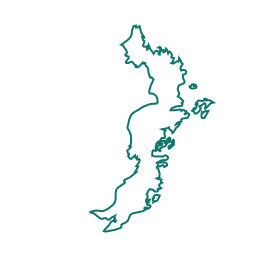 the border of Ostrobothnia, rotated 141°
{"feature_id": "FIN-3182", "entity_name": "Ostrobothnia", "entity_type": "Province", "adm_level": 1, "iso_a3": "FIN", "parent_name": "Finland", "parent_adm1": "", "projection": "natural_earth1", "projection_center": [22.043, 62.87], "detail": "fine", "context": "isolated", "style": "outline", "palette": "teal", "viewbox_px": 256, "rotation_deg": 141, "n_neighbors": 0, "source": "natural_earth", "source_scale": "10m", "svg_char_len": 5663}
<svg xmlns="http://www.w3.org/2000/svg" viewBox="0 0 256 256"><g transform="rotate(141 128 128)"><path d="M59.9,203.6L57.4,202.6L58.6,201.0L57.6,200.3L54.9,199.9L57.4,194.6L57.9,192.5L58.2,188.7L58.7,188.0L59.7,189.7L60.8,187.4L61.0,186.2L60.6,185.3L61.5,184.3L64.3,182.8L64.7,181.7L64.1,180.9L62.3,179.7L63.7,176.9L62.3,176.9L60.8,178.9L59.8,179.7L61.1,174.6L61.1,170.9L61.5,169.6L58.1,170.5L57.2,170.1L56.7,169.3L56.5,168.3L56.8,167.2L57.6,166.3L57.2,165.1L53.0,169.3L52.9,170.1L53.7,171.3L52.3,171.1L52.1,169.9L52.9,166.8L51.5,166.3L52.9,164.6L51.9,164.1L50.6,164.3L48.5,165.7L48.4,164.6L49.9,160.7L48.0,161.5L47.5,161.1L47.4,158.2L48.0,157.0L49.9,155.6L48.2,153.5L52.1,151.0L53.4,151.2L52.4,149.6L47.9,149.0L46.9,147.8L45.5,148.7L44.3,150.1L44.5,148.1L45.5,144.9L45.2,143.3L48.2,142.4L49.7,141.3L50.4,140.0L50.4,139.1L49.1,138.9L47.6,137.5L47.1,136.1L47.4,135.0L48.4,134.2L49.8,133.9L51.8,134.9L53.9,132.2L54.6,128.7L55.7,127.8L57.2,127.8L61.5,129.0L62.8,128.6L64.9,126.9L66.9,121.9L69.5,121.2L68.5,118.3L68.1,114.2L68.3,113.9L69.1,113.4L70.6,113.7L70.7,112.5L71.6,111.4L73.3,112.0L75.9,113.9L79.7,115.3L81.7,115.8L83.7,115.0L81.0,112.7L75.6,109.5L75.2,108.4L76.4,107.2L74.8,107.7L73.9,107.5L73.2,106.9L72.9,104.6L72.1,104.4L72.5,103.6L75.1,103.3L75.1,102.8L72.7,102.2L72.0,101.6L71.7,100.3L72.2,99.6L75.5,98.4L79.1,100.7L81.1,101.2L82.4,99.4L85.4,100.8L87.1,101.0L88.5,100.5L84.6,99.4L84.6,98.9L87.2,97.8L90.6,97.8L95.1,96.2L96.7,96.1L95.9,98.1L96.5,101.3L95.8,102.8L97.3,103.0L102.3,105.6L100.5,102.2L102.9,101.3L104.8,97.8L106.0,97.3L107.8,98.9L108.8,98.9L111.3,97.8L113.3,98.4L114.3,98.4L114.6,98.1L114.7,97.2L116.0,97.8L118.6,95.6L120.7,92.8L121.1,92.8L122.6,94.9L124.0,94.2L126.7,91.2L124.2,88.1L122.4,87.0L119.0,83.9L117.0,83.6L116.2,83.2L115.5,82.3L115.2,80.1L116.6,79.1L118.7,79.2L122.4,81.9L126.3,82.5L128.4,83.3L123.2,79.9L120.8,77.7L120.3,75.6L120.9,74.6L121.6,74.3L124.4,74.8L124.0,76.5L124.2,77.3L127.1,77.9L128.1,78.6L128.0,80.6L128.8,80.2L130.6,78.9L130.1,77.6L130.3,76.9L132.3,72.3L134.1,70.8L134.4,69.8L137.4,70.7L136.9,69.6L134.4,66.8L136.6,65.1L136.1,64.0L138.8,64.4L139.9,64.0L140.4,62.6L140.1,60.3L141.6,60.6L143.1,61.9L143.6,60.7L144.2,60.3L145.5,60.4L147.2,61.9L147.5,62.9L147.2,64.0L149.2,66.4L149.6,66.8L151.7,66.4L154.0,65.1L155.1,64.9L155.4,63.2L155.8,62.4L156.8,61.6L158.7,61.0L159.7,60.1L155.3,58.5L159.6,58.5L157.9,56.8L159.5,57.3L161.1,57.1L161.3,55.4L160.0,54.7L159.4,53.9L159.7,52.9L160.9,52.4L162.2,52.5L162.9,53.0L164.1,54.8L165.1,55.6L165.8,55.4L165.9,54.6L165.2,53.5L166.4,54.0L168.0,53.6L178.1,58.7L181.1,59.0L185.9,56.3L188.4,55.9L193.9,57.1L195.5,55.1L197.2,55.2L202.7,57.3L210.5,61.5L211.7,63.1L210.7,63.5L204.1,64.4L199.9,65.8L198.2,65.4L197.0,63.1L196.8,63.2L195.6,63.6L196.2,65.7L194.8,66.2L194.6,66.4L194.9,67.5L193.6,68.0L196.6,68.7L199.9,68.7L201.3,69.3L202.0,72.1L205.9,74.1L206.7,75.7L208.2,82.9L209.0,84.2L210.5,85.9L210.3,86.3L209.8,86.4L206.8,85.1L204.4,83.7L200.3,79.5L197.6,78.5L194.1,77.8L187.8,77.7L184.6,78.8L182.3,80.6L178.4,85.4L175.8,87.5L173.4,88.0L165.2,87.3L164.4,88.2L164.5,89.4L163.2,89.8L157.6,88.5L149.4,88.4L150.3,89.3L144.3,91.6L145.6,93.1L141.5,94.2L139.5,95.3L138.9,96.1L139.0,97.2L140.8,97.6L140.8,98.2L139.3,99.8L140.7,99.8L140.8,100.1L139.8,102.3L145.0,101.9L145.8,103.3L145.6,106.1L143.9,106.7L143.5,107.4L143.9,107.8L143.8,108.7L143.0,110.6L142.1,111.1L140.0,110.9L137.8,111.5L137.2,112.2L138.1,113.1L136.8,113.3L134.6,114.9L130.2,120.7L129.7,122.9L128.7,125.2L128.7,127.3L128.1,128.7L121.4,134.0L118.9,135.5L116.8,136.3L114.5,136.5L102.7,134.9L98.0,133.5L95.3,132.4L90.2,128.9L88.7,129.3L86.5,132.8L86.1,135.5L86.2,136.7L86.8,138.7L89.4,141.3L88.8,142.9L84.1,146.4L77.5,149.7L77.8,152.5L78.1,153.0L79.0,153.0L78.8,154.3L77.2,158.1L75.1,161.5L74.7,163.0L75.0,165.1L74.6,166.4L73.7,167.7L74.0,168.1L75.4,168.4L75.3,169.6L80.3,168.8L82.5,169.3L83.3,169.9L83.6,171.0L82.2,171.3L83.2,174.1L83.1,176.6L84.0,177.6L86.7,178.2L87.9,179.1L88.5,179.8L88.1,180.7L83.7,181.8L82.7,182.7L82.9,183.8L84.3,185.6L84.1,186.6L81.3,187.0L80.5,189.6L80.0,195.6L80.9,197.0L73.4,196.6L70.0,196.8L66.9,197.9L63.0,201.7L61.2,202.5L59.9,203.6ZM67.0,97.2L66.6,98.3L66.6,99.3L67.4,101.1L64.2,101.8L63.4,101.5L64.4,100.5L63.3,100.5L58.8,102.8L58.8,103.3L60.5,103.8L59.4,104.6L55.8,105.0L53.5,102.4L52.4,101.7L50.6,102.5L49.7,102.4L48.9,101.1L50.2,101.1L50.2,100.5L47.0,98.1L45.5,93.9L48.1,95.2L53.1,94.5L55.8,94.4L55.8,94.9L54.0,95.8L52.8,97.8L53.0,98.5L52.8,98.9L53.7,99.3L57.1,99.4L58.5,100.1L59.2,99.1L58.8,97.8L60.3,96.8L62.9,96.1L65.4,96.1L67.0,97.2ZM112.3,96.8L108.6,96.0L108.3,95.6L108.5,95.3L107.5,94.6L107.6,94.2L108.5,93.9L108.8,93.3L107.6,91.4L110.2,90.6L111.6,90.8L113.2,92.0L113.9,91.4L115.5,92.1L116.3,91.5L117.2,89.8L117.8,89.8L118.3,91.8L118.7,92.3L117.2,94.5L116.4,95.1L115.0,95.0L113.1,93.8L110.5,94.2L113.2,95.0L113.5,95.9L112.3,96.8ZM153.8,54.2L155.1,54.4L154.6,54.8L153.4,57.5L152.2,57.0L151.8,57.2L152.1,57.8L151.8,58.3L149.5,58.9L147.2,57.6L145.9,55.5L149.3,53.7L151.0,53.2L152.1,53.3L153.3,54.4L153.8,54.2ZM60.5,93.9L60.3,92.6L58.0,92.8L54.9,90.6L62.3,87.7L64.1,88.9L64.0,90.2L63.0,91.6L60.5,93.9ZM53.5,121.6L52.4,121.0L51.0,121.6L49.6,121.0L49.0,119.9L49.9,120.2L50.4,119.2L49.2,118.5L48.7,117.8L48.6,117.2L49.9,116.4L52.7,117.7L54.0,119.2L54.3,120.4L54.3,121.2L53.5,121.6ZM100.6,90.3L100.1,90.2L100.2,89.4L103.1,86.0L105.2,86.2L107.0,85.8L109.3,86.1L109.3,86.4L108.3,86.7L108.6,87.5L108.1,88.0L107.0,88.2L105.0,87.5L104.1,87.7L103.1,89.0L100.6,90.3ZM103.8,90.9L105.4,91.1L107.1,92.7L106.2,94.3L104.1,94.7L103.7,94.4L103.6,93.6L103.1,93.8L102.6,94.7L101.9,94.5L101.7,94.0L101.9,93.0L102.6,92.1L103.4,91.8L105.2,92.2L103.8,90.9Z" fill="none" stroke="#0f766e" stroke-width="2"/></g></svg>